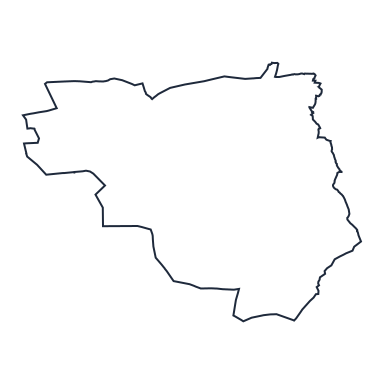 Apeldoorn, Gelderland, Netherlands
{"feature_id": "6326949B63797534103796", "entity_name": "Apeldoorn", "entity_type": "district", "adm_level": 2, "iso_a3": "NLD", "parent_name": "Netherlands", "parent_adm1": "Gelderland", "projection": "robinson", "projection_center": [5.983, 52.18], "detail": "fine", "context": "isolated", "style": "outline", "palette": "slate", "viewbox_px": 384, "rotation_deg": 0, "n_neighbors": 0, "source": "geoboundaries", "source_scale": "gbopen_adm2", "svg_char_len": 5479}
<svg xmlns="http://www.w3.org/2000/svg" viewBox="0 0 384 384"><path d="M294.1,320.5L294.5,320.1L295.1,319.5L296.2,318.3L300.5,312.2L302.3,309.5L309.9,301.0L313.6,297.6L315.9,294.2L318.3,294.0L318.5,290.8L316.7,287.1L319.0,285.3L318.9,285.1L318.4,284.0L318.2,283.7L318.3,282.1L318.5,281.4L318.7,281.2L319.4,280.1L319.7,279.2L319.7,278.6L320.0,277.3L325.1,273.8L324.6,271.1L327.1,268.2L330.7,265.8L331.4,265.4L331.7,264.7L332.4,263.5L334.7,259.3L339.8,256.5L343.5,254.7L346.1,253.3L352.5,250.7L354.2,246.7L361.0,241.5L358.5,235.3L357.8,232.2L357.6,231.9L357.2,231.6L357.0,231.2L357.0,230.6L357.3,230.2L357.1,229.8L356.6,229.2L355.4,227.8L355.0,227.5L352.2,224.7L350.4,223.3L347.6,219.8L347.4,219.4L347.3,219.1L347.3,218.7L347.3,217.8L347.8,217.4L348.3,216.6L348.7,215.9L349.2,214.5L349.4,213.9L348.7,209.4L347.4,206.2L346.9,204.7L346.7,204.3L346.3,203.3L345.7,202.0L344.9,199.6L343.8,197.4L343.0,196.0L342.9,196.0L341.7,194.5L340.4,193.5L340.2,193.3L339.9,192.9L339.6,192.5L338.9,192.1L338.7,192.0L338.6,191.8L338.5,191.6L338.3,191.1L337.2,189.7L336.6,189.5L335.9,189.3L335.7,189.2L335.4,189.0L333.8,187.6L333.4,186.8L333.1,186.2L333.0,185.7L333.0,185.4L333.0,185.1L333.1,184.8L333.3,184.4L334.1,183.3L334.3,183.0L334.4,182.8L334.5,182.7L334.5,182.3L334.5,181.9L334.7,181.2L334.6,180.8L334.7,180.6L335.0,179.6L337.1,174.9L337.2,174.5L337.3,173.3L337.3,173.1L337.5,172.9L339.4,171.8L339.5,171.9L341.5,172.0L341.5,171.7L341.0,171.5L340.7,171.2L340.5,170.9L340.4,170.7L339.7,170.4L339.4,169.2L338.8,168.5L338.6,168.2L337.9,167.4L337.8,167.0L337.6,166.6L337.3,166.2L337.0,165.7L336.9,165.6L336.9,165.4L336.8,164.5L336.9,164.1L336.8,163.8L336.3,163.4L336.1,163.2L335.8,162.5L335.5,161.8L335.5,161.7L335.8,161.2L335.6,160.5L334.9,159.0L334.7,158.1L334.4,157.4L334.1,156.3L334.0,155.6L333.8,155.1L333.8,154.8L333.7,154.6L333.4,154.2L333.2,153.8L332.9,153.3L332.9,153.2L332.6,152.7L332.2,152.3L331.6,151.2L331.8,150.0L332.1,149.4L332.1,149.2L332.1,148.9L332.0,148.3L332.0,147.3L331.6,146.3L331.5,146.0L331.5,145.7L331.3,145.1L331.3,144.7L331.2,144.4L330.9,143.7L330.9,143.4L330.8,143.2L330.6,142.9L330.5,142.5L330.5,142.3L330.6,142.1L330.5,141.6L330.6,141.0L330.0,141.0L326.6,139.8L326.4,139.7L325.4,138.5L324.8,137.6L320.2,137.3L319.5,137.2L319.5,137.3L318.1,137.5L317.7,137.7L318.4,134.4L318.6,133.7L318.7,132.7L318.7,131.4L318.5,130.4L318.4,128.9L317.9,128.7L319.1,128.8L319.8,128.5L320.0,128.3L320.2,128.2L320.0,127.7L318.2,124.5L318.0,124.4L317.0,123.9L316.6,123.7L315.5,122.2L314.8,121.4L312.9,119.5L312.7,116.2L312.6,115.9L311.0,114.8L311.2,114.6L312.0,114.1L313.3,113.0L313.1,112.8L312.3,112.4L312.8,111.8L311.8,111.3L309.4,107.5L309.4,107.3L309.4,107.1L312.9,107.8L314.9,104.5L315.3,103.5L315.5,102.4L315.5,102.2L315.6,101.7L315.6,101.3L315.6,99.6L315.7,99.4L316.2,99.0L316.2,98.9L315.7,98.4L315.8,98.2L316.0,97.6L316.2,96.9L316.2,96.4L316.1,95.7L316.3,95.7L317.5,96.1L318.2,96.2L318.5,96.3L319.3,96.0L319.5,95.8L319.5,95.3L319.9,94.6L320.6,94.6L320.8,94.1L321.2,93.2L321.5,92.9L321.6,92.1L321.7,91.2L321.7,89.6L319.6,87.9L319.2,87.6L319.0,86.9L318.8,86.8L319.0,86.7L319.7,84.9L320.5,83.5L319.8,83.2L318.6,82.9L315.3,82.7L314.7,82.7L315.4,80.7L312.9,80.6L313.3,79.0L314.3,78.5L314.4,78.4L314.3,78.0L314.7,77.3L315.6,75.4L314.6,74.1L313.8,73.9L313.7,73.6L313.3,73.5L312.7,73.7L312.4,73.8L304.6,73.6L304.4,73.7L304.2,74.1L302.1,73.5L301.1,73.5L300.5,73.7L299.2,74.1L297.9,74.3L296.6,74.3L295.9,74.4L295.3,74.3L294.6,74.1L294.4,74.1L293.9,74.2L293.5,74.4L293.1,74.6L292.7,74.6L292.3,74.4L291.0,74.8L284.7,75.9L279.2,77.0L275.9,77.0L275.0,76.8L276.1,73.5L277.1,69.7L277.8,65.8L278.0,65.0L278.2,64.4L278.3,64.1L278.3,63.7L278.1,63.6L277.3,62.9L275.9,63.0L275.1,63.0L274.8,63.1L273.9,63.0L272.4,62.8L271.9,62.7L271.5,64.0L269.3,64.5L269.5,64.9L268.5,65.0L267.5,68.1L267.5,68.3L267.5,68.5L267.5,68.8L260.5,77.9L256.1,78.1L253.1,78.4L252.5,78.4L245.2,78.9L229.8,77.1L224.4,76.4L210.8,79.6L204.2,81.2L184.9,84.5L170.1,87.9L160.1,93.1L158.3,94.1L157.4,94.8L156.7,95.4L156.2,95.8L155.4,96.4L154.3,97.2L153.5,97.9L153.1,98.3L152.5,98.7L152.1,99.1L151.6,98.7L151.0,97.8L150.5,97.1L148.1,95.5L147.1,94.8L146.0,93.9L145.7,92.4L144.9,91.2L144.3,89.2L143.8,87.5L142.5,83.4L134.7,85.3L132.0,84.0L122.2,80.2L114.3,78.5L110.2,79.2L107.8,80.6L107.2,80.7L105.8,81.1L104.9,81.2L103.1,81.5L100.3,81.4L99.1,81.4L96.5,81.2L95.9,81.2L95.3,81.2L94.6,81.4L92.4,81.7L91.1,82.2L79.9,81.3L74.4,81.1L64.1,81.5L49.0,82.2L47.0,82.3L45.0,83.9L56.7,108.2L48.6,110.6L46.6,111.1L38.9,112.3L33.6,113.3L30.4,113.8L23.0,115.3L26.1,119.6L27.4,128.6L29.5,128.4L30.1,128.2L30.4,128.2L32.8,128.5L34.4,128.6L34.5,128.7L34.7,129.9L39.0,138.4L37.7,142.8L31.2,143.1L26.6,143.3L24.0,143.5L26.4,153.5L26.2,153.6L27.2,156.6L37.1,164.8L46.2,174.7L63.3,173.0L63.7,173.1L74.0,172.1L74.2,172.5L74.3,172.5L74.3,172.0L82.6,171.3L85.4,170.8L86.0,170.7L90.0,171.5L93.3,173.6L105.0,185.5L95.5,194.6L102.8,207.6L103.0,226.2L137.5,226.0L141.7,227.0L147.4,228.6L150.7,229.5L152.2,233.7L152.4,234.4L152.6,235.4L152.7,235.9L152.8,238.2L152.9,240.0L153.4,246.5L155.7,257.7L161.7,264.7L163.7,267.2L164.7,268.4L164.8,268.7L166.8,271.2L173.6,281.1L181.9,282.7L189.6,284.2L193.9,285.8L195.7,286.6L197.6,287.3L200.3,288.3L200.8,288.5L211.0,288.3L215.3,288.5L216.5,288.5L222.7,289.2L233.9,289.7L239.0,288.9L237.8,293.5L235.9,300.0L233.4,315.5L235.3,316.5L239.4,318.9L241.0,319.8L243.3,321.3L251.6,317.7L261.7,315.6L263.5,315.2L270.3,314.4L273.7,314.3L276.5,314.2L286.4,317.7L294.0,320.4L294.1,320.5Z" fill="none" stroke="#1e293b" stroke-width="2"/></svg>